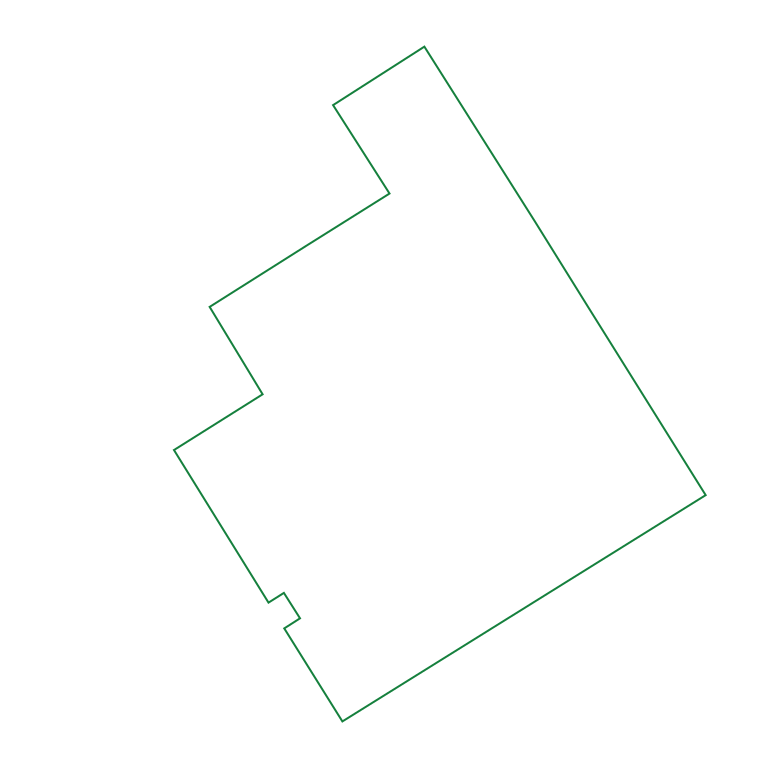 outline of Geauga, Ohio, United States of America, rotated 328°
{"feature_id": "52423323B9355871384257", "entity_name": "Geauga", "entity_type": "district", "adm_level": 2, "iso_a3": "USA", "parent_name": "United States of America", "parent_adm1": "Ohio", "projection": "equal_earth", "projection_center": [-81.207, 41.532], "detail": "fine", "context": "isolated", "style": "outline", "palette": "green", "viewbox_px": 768, "rotation_deg": 328, "n_neighbors": 0, "source": "geoboundaries", "source_scale": "gbopen_adm2", "svg_char_len": 358}
<svg xmlns="http://www.w3.org/2000/svg" viewBox="0 0 768 768"><g transform="rotate(328 384 384)"><path d="M597.9,648.7L597.9,426.8L598.1,326.4L597.0,119.3L488.6,120.5L489.6,225.4L391.1,225.6L277.0,226.2L275.6,328.4L170.9,328.7L170.2,508.2L188.4,508.1L188.6,538.2L169.9,538.4L169.9,648.1L597.9,648.7Z" fill="none" stroke="#15803d" stroke-width="2"/></g></svg>